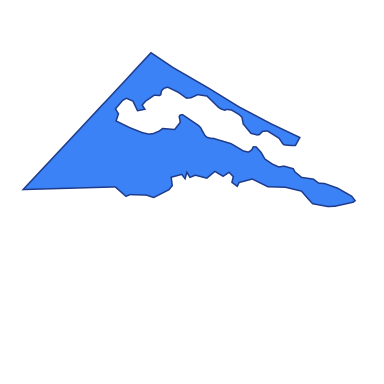 outline of Currituck, North Carolina, United States of America, rotated 313°
{"feature_id": "52423323B36348632800300", "entity_name": "Currituck", "entity_type": "district", "adm_level": 2, "iso_a3": "USA", "parent_name": "United States of America", "parent_adm1": "North Carolina", "projection": "orthographic", "projection_center": [-75.925, 36.311], "detail": "fine", "context": "isolated", "style": "filled", "palette": "blue", "viewbox_px": 384, "rotation_deg": 313, "n_neighbors": 0, "source": "geoboundaries", "source_scale": "gbopen_adm2", "svg_char_len": 1789}
<svg xmlns="http://www.w3.org/2000/svg" viewBox="0 0 384 384"><g transform="rotate(313 192 192)"><path d="M78.6,66.8L143.4,132.4L143.8,146.6L147.9,148.5L158.7,160.8L161.8,167.7L178.0,173.6L183.2,173.2L188.6,166.7L197.9,172.5L197.0,177.9L202.9,174.8L201.3,180.5L206.6,183.0L212.2,193.4L222.7,194.7L224.7,204.0L231.7,205.7L231.4,211.7L226.3,214.6L227.0,221.2L231.1,220.0L242.6,227.2L247.6,243.9L259.2,257.1L267.3,271.5L266.3,280.8L265.7,288.2L274.1,301.4L279.1,306.3L294.4,316.8L296.9,317.2L297.8,311.7L294.1,295.8L288.6,283.2L284.8,278.5L284.2,272.0L277.4,262.2L276.9,253.5L278.1,250.2L273.6,241.6L269.5,238.4L267.2,231.7L265.8,222.8L268.1,215.5L268.7,208.1L266.8,206.0L263.5,207.0L259.6,206.0L257.0,201.4L254.0,187.7L245.6,170.7L244.6,170.0L242.2,165.7L242.2,162.6L244.9,154.5L245.1,151.5L242.1,132.3L240.1,130.8L238.3,131.3L236.7,133.7L234.9,135.9L225.9,136.7L218.4,127.2L214.3,126.5L208.4,123.9L204.8,120.9L201.5,115.1L196.6,102.6L192.2,88.0L199.0,84.9L200.6,79.3L211.6,78.8L215.8,80.1L218.2,86.8L214.3,96.7L220.4,101.1L221.6,96.3L226.8,96.1L237.1,98.4L240.5,102.5L241.9,102.8L244.8,100.9L246.5,100.6L249.0,100.9L252.1,102.8L255.6,114.1L256.9,124.0L260.3,127.0L267.1,129.8L272.4,137.5L272.0,153.7L272.5,156.5L274.2,160.3L276.0,160.9L278.9,165.0L280.8,173.7L280.7,177.6L276.7,183.1L275.1,195.1L278.2,200.8L279.9,202.1L284.5,202.3L288.1,205.6L290.7,219.1L289.2,225.3L289.3,227.2L292.6,231.5L294.8,234.1L296.6,235.9L305.4,233.7L295.7,203.0L286.2,167.9L279.4,133.9L270.1,93.4L265.9,67.0L260.5,67.0L260.1,67.0L257.9,67.0L257.7,67.0L255.4,67.0L254.9,67.0L254.5,67.0L251.6,67.0L250.6,67.0L250.0,67.0L248.2,67.0L247.2,67.0L242.8,67.0L229.8,67.1L229.6,67.1L228.6,67.1L227.8,67.1L198.8,67.1L195.5,67.0L158.7,67.0L78.6,66.8L78.6,66.8Z" fill="#3b82f6" stroke="#1e3a8a" stroke-width="1.5"/></g></svg>